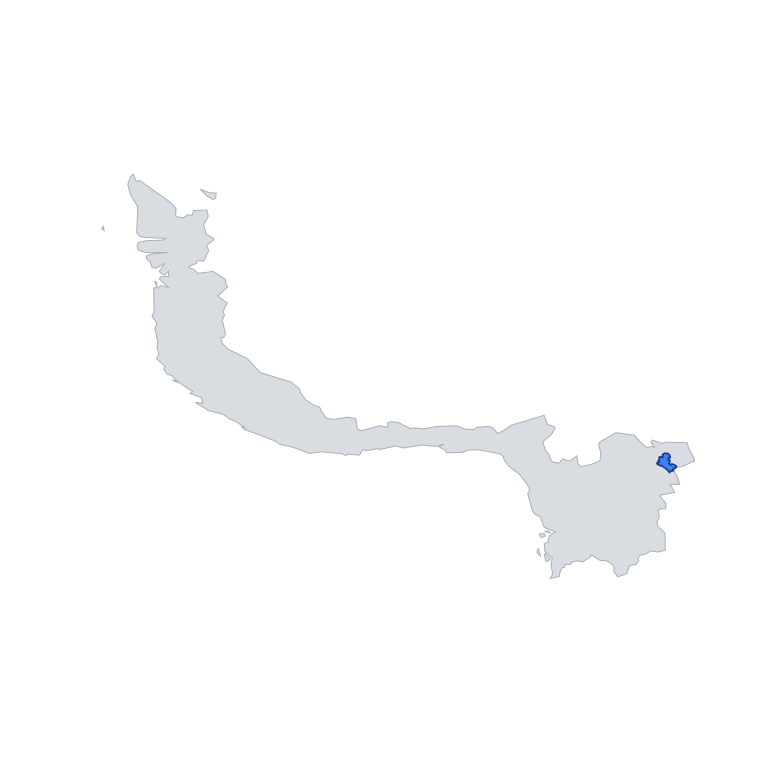 Nam Nhun, Lai Chau, Vietnam shown in context, rotated 124°
{"feature_id": "81297802B14703404520131", "entity_name": "Nam Nhun", "entity_type": "district", "adm_level": 2, "iso_a3": "VNM", "parent_name": "Vietnam", "parent_adm1": "Lai Chau", "projection": "equal_earth", "projection_center": [102.988, 22.256], "detail": "fine", "context": "in_parent", "style": "filled", "palette": "blue", "viewbox_px": 768, "rotation_deg": 124, "n_neighbors": 0, "source": "geoboundaries", "source_scale": "gbopen_adm2", "svg_char_len": 7376}
<svg xmlns="http://www.w3.org/2000/svg" viewBox="0 0 768 768"><g transform="rotate(124 384 384)"><path d="M452.4,137.5L447.1,138.0L441.6,143.6L434.3,147.2L432.6,157.2L426.5,161.9L423.6,159.7L417.5,161.8L410.9,159.6L413.2,171.2L406.7,180.3L407.5,186.2L405.7,190.7L394.4,203.6L391.0,203.8L388.5,205.9L383.0,221.3L382.4,234.2L380.0,241.5L377.5,244.6L376.9,248.5L385.7,268.9L391.6,277.1L397.3,281.3L405.9,293.3L404.6,296.5L405.3,303.3L401.2,301.3L401.7,302.1L406.5,305.8L413.8,318.9L426.5,332.6L428.6,339.5L440.8,350.8L440.5,352.3L449.2,361.4L450.2,365.0L456.7,364.6L462.7,375.2L464.6,375.3L465.2,379.7L475.0,397.6L483.1,406.8L487.2,423.5L492.1,436.1L492.3,443.4L499.7,474.3L499.2,478.4L497.8,474.4L498.1,486.1L499.4,492.4L498.9,500.0L504.1,514.4L504.9,530.3L501.2,523.5L497.4,528.2L500.3,539.6L497.1,538.5L497.5,553.8L499.0,559.1L498.6,561.1L497.0,557.1L495.7,564.3L497.1,569.3L494.9,574.9L491.8,575.2L490.2,586.7L484.6,587.6L480.7,592.8L475.7,594.8L466.5,604.7L460.7,606.3L457.6,614.2L452.4,615.2L433.1,628.7L430.8,625.4L427.3,624.2L424.5,616.9L422.6,628.6L421.1,629.4L418.1,627.1L415.3,622.5L411.2,625.7L415.7,626.6L417.0,629.7L416.3,633.3L406.6,633.1L415.4,637.8L417.3,641.3L413.1,646.9L413.0,650.9L411.0,652.8L406.1,649.2L395.7,636.6L408.1,654.5L410.3,662.6L407.3,666.3L403.8,666.4L398.0,661.1L388.7,648.2L385.5,646.5L396.5,664.7L398.1,668.8L396.9,673.6L374.7,687.2L368.7,700.3L361.8,708.0L354.4,710.1L350.3,709.4L354.5,702.7L351.9,700.2L352.8,664.2L354.7,654.7L361.0,650.9L361.0,649.0L358.8,643.5L353.6,641.4L351.3,637.4L346.7,638.9L338.8,628.1L343.3,623.4L352.9,622.6L359.3,615.1L358.5,606.8L359.3,605.7L368.2,608.7L371.3,603.9L382.9,602.2L386.2,607.8L389.0,606.9L394.3,610.8L396.5,610.9L395.4,605.2L396.3,600.1L386.2,588.6L386.0,573.3L388.5,572.5L391.1,567.9L404.1,571.0L404.6,559.3L414.1,558.0L416.2,554.7L421.7,553.6L431.0,543.5L434.9,542.8L437.0,545.4L440.7,540.8L442.3,532.9L439.5,511.1L443.7,492.9L434.4,462.3L435.4,451.5L438.2,447.9L441.0,439.1L440.6,429.2L439.1,424.4L441.5,421.0L444.7,412.2L441.7,406.2L432.2,396.1L428.4,388.0L435.8,381.4L436.0,377.3L420.5,363.6L417.9,356.4L414.2,359.2L411.5,357.4L407.8,350.5L406.3,337.1L403.8,334.9L398.6,325.5L389.9,316.7L379.5,302.5L377.4,298.3L376.1,291.7L371.8,284.2L367.7,282.6L360.5,273.2L359.5,269.2L361.5,262.4L356.4,259.0L347.4,255.7L320.4,233.7L326.0,225.9L324.3,218.7L324.9,217.5L332.4,217.0L343.1,220.0L348.1,214.0L350.4,207.5L354.1,202.5L354.1,199.7L351.4,194.4L346.6,194.3L343.9,186.9L335.8,184.0L341.1,179.1L342.7,175.0L335.1,167.4L327.1,162.0L319.9,165.7L314.5,172.0L311.9,172.9L294.7,164.4L286.5,148.1L289.6,134.9L289.7,130.0L286.3,127.7L285.3,124.5L282.8,130.2L280.4,130.2L277.8,120.3L274.7,118.0L263.1,99.7L266.6,96.0L272.1,85.5L274.2,83.6L285.8,90.7L290.7,96.7L295.7,92.7L295.7,90.5L301.8,82.8L307.2,90.7L311.3,82.3L321.7,92.8L323.3,90.8L325.3,83.6L328.2,81.5L330.4,81.1L333.2,85.3L335.6,85.7L340.6,81.3L345.7,80.5L349.2,76.7L350.2,68.5L351.4,67.0L364.6,57.9L369.9,62.7L373.4,69.7L378.1,71.6L383.0,76.2L386.8,75.6L388.1,73.9L392.8,74.1L397.1,79.0L405.5,76.8L413.3,82.4L410.8,88.5L407.0,91.3L406.0,94.4L406.1,101.4L409.4,105.7L409.8,117.1L412.0,116.2L419.8,119.5L422.8,125.1L426.6,128.5L429.7,128.7L432.3,133.2L434.9,131.7L436.2,133.6L441.6,132.9L445.5,131.2L452.4,137.5ZM326.7,629.0L327.1,636.4L325.2,645.2L323.0,635.6L319.6,629.9L324.1,627.4L326.7,629.0ZM440.6,150.2L436.0,155.7L434.2,155.6L436.5,147.9L440.6,150.2ZM422.3,170.7L420.9,170.8L418.3,167.3L419.7,165.4L422.6,166.8L423.3,168.4L422.3,170.7ZM438.1,162.8L436.3,164.0L434.1,163.9L439.0,158.2L438.1,162.8ZM414.5,162.8L416.5,168.5L413.7,165.6L414.5,162.8ZM430.8,626.5L427.2,631.4L427.0,629.1L430.8,626.5ZM413.1,704.8L410.3,704.8L413.3,701.8L413.1,704.8Z" fill="#d9dde1" stroke="#a8b0b8" stroke-width="1"/><path d="M292.8,114.1L293.0,113.9L293.1,113.7L293.4,113.4L293.6,113.6L293.8,113.7L294.0,113.6L294.4,113.7L294.4,113.3L294.3,113.2L294.2,113.1L294.3,113.0L294.4,112.9L294.4,112.5L294.5,112.4L294.6,111.8L295.0,111.9L295.1,112.0L295.4,112.5L295.5,112.8L295.6,113.0L295.9,113.1L296.0,113.2L296.1,113.3L296.1,113.1L296.2,112.9L296.4,112.9L296.6,113.0L296.7,112.9L296.8,112.7L297.0,112.9L297.5,113.1L297.6,112.8L297.6,112.6L297.6,112.2L297.6,111.9L297.6,111.6L297.5,111.4L297.4,111.4L297.2,111.4L297.1,110.9L297.5,110.6L297.5,110.4L297.5,110.2L297.4,109.9L297.4,109.7L297.2,109.6L297.2,109.0L297.2,108.7L296.9,108.7L296.8,109.0L296.7,109.0L296.5,108.7L296.4,108.4L296.3,108.2L296.4,107.9L296.2,107.8L296.2,107.7L296.3,107.4L296.3,107.2L296.3,106.9L296.5,106.8L296.5,106.7L296.5,106.3L296.6,106.1L296.5,105.8L296.6,105.6L296.6,105.4L296.7,105.1L296.5,104.4L296.5,104.2L296.5,103.9L296.5,103.7L296.5,103.4L296.5,103.1L296.7,102.9L296.7,102.7L296.7,102.4L296.6,102.2L296.8,102.1L296.7,101.9L296.8,101.6L296.7,101.2L296.8,101.0L297.0,100.5L297.0,100.1L297.0,99.8L297.1,99.7L297.4,99.4L297.6,98.9L297.7,98.7L297.7,98.4L297.7,98.0L297.7,97.9L297.6,97.6L297.2,97.9L297.1,98.0L296.9,98.1L296.6,98.0L296.5,97.6L296.4,97.5L296.1,97.8L295.6,97.9L295.4,97.5L295.5,97.1L295.4,97.0L295.2,96.8L295.1,96.5L294.9,96.4L294.8,96.2L294.7,96.2L294.5,95.8L294.4,95.8L294.1,95.8L294.0,95.7L293.8,95.8L293.9,96.0L293.9,96.3L293.9,96.5L293.6,96.8L293.3,96.7L293.2,96.6L293.0,96.8L292.9,96.8L292.7,96.8L292.3,97.0L292.2,96.9L292.0,96.7L291.9,96.6L291.7,96.5L291.7,96.2L291.4,96.2L291.2,96.1L291.1,95.7L290.9,95.5L290.9,95.4L290.7,95.3L290.4,95.4L290.1,95.4L290.0,95.2L289.9,95.1L289.7,95.2L289.4,95.1L289.2,95.1L289.0,95.3L289.0,95.6L288.9,95.9L288.6,95.9L288.6,96.1L288.6,96.4L288.5,96.5L288.7,97.0L288.6,97.4L288.5,97.6L288.5,98.0L288.5,98.3L288.7,99.1L288.8,99.3L288.9,99.5L289.0,99.6L289.1,99.9L289.1,100.2L289.2,100.5L289.4,100.3L289.6,100.2L289.8,100.3L290.3,100.5L290.8,100.9L290.7,101.1L290.7,101.3L290.8,101.5L290.7,101.8L290.7,102.0L290.4,102.2L290.5,102.4L290.5,102.7L290.6,102.8L290.8,102.9L290.7,103.3L290.6,103.5L290.5,103.8L290.4,103.8L290.2,103.8L289.8,103.7L289.7,103.6L289.4,103.5L289.0,103.5L288.9,103.4L288.7,103.4L288.4,103.6L288.2,103.7L287.9,104.0L287.7,104.0L287.4,104.3L287.3,104.6L287.7,104.9L287.9,105.0L287.9,105.3L288.1,105.5L288.2,105.8L288.2,106.0L287.9,106.3L287.6,106.4L287.3,106.3L287.2,106.4L287.1,106.5L286.8,106.1L286.7,106.0L286.4,106.3L285.9,106.7L285.8,106.8L285.5,106.3L285.3,105.9L285.3,105.6L285.2,105.5L284.8,105.5L284.7,105.6L284.4,105.8L284.3,106.0L284.2,106.5L283.9,106.9L283.9,107.0L283.7,107.0L283.4,107.1L283.2,107.2L283.2,107.4L283.2,107.6L283.2,107.9L283.1,108.1L283.1,108.4L283.1,108.5L282.9,108.7L282.8,108.8L282.8,109.1L282.9,109.6L282.9,109.9L283.0,110.1L283.0,110.3L283.0,110.5L283.3,110.7L283.4,110.9L283.6,111.1L283.8,111.1L284.0,111.5L284.1,111.8L284.1,112.1L284.1,112.3L284.4,112.5L284.5,112.5L284.9,112.8L285.1,113.0L285.4,113.3L285.6,113.3L285.8,113.4L286.0,113.4L286.3,113.4L286.5,113.3L286.7,113.5L286.8,113.6L286.9,113.4L287.0,113.0L287.0,112.8L287.1,112.7L287.3,112.7L287.5,112.7L287.5,112.8L287.8,112.9L288.0,112.9L288.1,112.7L288.3,112.4L288.5,112.2L288.8,112.2L288.9,111.9L288.9,111.6L289.1,111.7L289.1,111.8L289.2,112.4L289.2,112.5L289.0,112.9L289.0,113.2L289.1,113.3L289.3,113.2L289.4,113.3L289.6,113.6L289.8,113.7L289.8,113.8L290.0,114.0L290.1,114.3L290.1,114.5L290.3,114.8L290.6,114.8L290.8,115.0L291.0,115.0L291.0,114.9L291.0,114.7L291.1,114.2L291.2,113.9L291.4,114.0L291.5,113.9L291.9,113.8L292.0,113.8L292.4,114.0L292.6,114.1L292.8,114.1Z" fill="#3b82f6" stroke="#1e3a8a" stroke-width="1.5"/></g></svg>